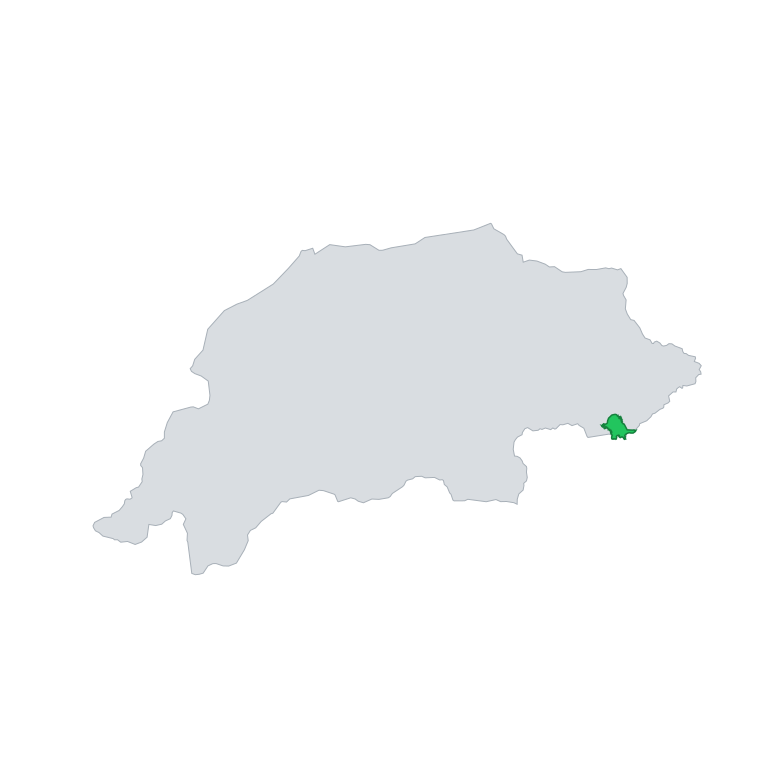 location of Davst, Uvs, Mongolia, rotated 168°
{"feature_id": "93677404B415729533363", "entity_name": "Davst", "entity_type": "district", "adm_level": 2, "iso_a3": "MNG", "parent_name": "Mongolia", "parent_adm1": "Uvs", "projection": "orthographic", "projection_center": [92.742, 50.438], "detail": "fine", "context": "in_parent", "style": "filled", "palette": "green", "viewbox_px": 768, "rotation_deg": 168, "n_neighbors": 0, "source": "geoboundaries", "source_scale": "gbopen_adm2", "svg_char_len": 7896}
<svg xmlns="http://www.w3.org/2000/svg" viewBox="0 0 768 768"><g transform="rotate(168 384 384)"><path d="M71.8,327.7L74.2,327.8L77.8,325.3L78.4,321.6L79.7,319.6L88.2,319.1L91.9,320.4L92.7,318.1L93.4,317.8L95.4,319.9L97.3,319.1L98.7,318.3L100.1,315.5L103.0,316.1L108.1,313.2L108.1,307.7L110.1,306.4L114.5,305.5L115.2,303.1L116.1,302.4L119.4,301.8L125.0,299.1L127.6,298.9L129.7,296.5L134.7,293.4L142.2,292.0L142.8,290.4L149.6,285.4L156.9,285.3L158.8,280.9L159.9,280.4L165.0,285.7L167.1,285.0L167.9,283.0L170.9,283.0L172.2,286.7L174.0,288.2L195.6,289.3L196.3,290.6L197.7,299.2L201.8,303.0L202.8,304.9L208.8,304.2L212.3,307.3L217.5,306.9L220.2,307.7L225.1,304.5L226.3,304.4L228.0,305.9L230.4,304.7L235.3,307.4L238.9,306.7L240.7,307.8L242.8,306.7L248.1,307.2L252.6,311.5L255.5,311.0L258.7,307.8L259.5,305.7L264.5,304.3L267.2,302.1L268.9,300.1L271.2,293.2L271.3,286.4L268.7,285.5L266.3,283.4L264.8,279.9L264.5,277.3L261.8,273.6L261.9,271.7L263.0,268.2L263.3,262.8L264.8,259.6L268.0,257.8L268.2,255.6L270.0,251.3L275.0,248.4L277.6,243.6L278.8,238.7L281.6,240.9L288.6,243.6L294.4,244.7L298.5,247.7L308.5,247.6L326.0,253.8L329.4,253.0L339.7,255.1L340.7,256.1L341.4,262.2L342.4,263.8L343.6,270.2L345.9,273.2L345.9,277.2L346.9,278.3L349.4,278.5L354.0,282.1L363.3,283.7L366.3,285.9L372.7,286.9L375.7,285.3L380.9,285.1L382.7,284.4L385.5,280.8L387.4,279.6L398.6,275.2L401.4,272.6L403.5,271.8L412.9,272.2L419.8,274.0L428.8,272.1L433.6,274.7L436.1,277.5L440.2,279.6L453.0,278.3L453.7,278.8L454.9,285.6L455.7,286.6L465.4,292.3L469.7,293.6L481.1,290.7L500.0,291.2L503.9,288.8L508.2,290.2L509.6,289.7L519.6,280.7L521.4,280.6L532.7,275.1L539.4,270.0L545.1,268.6L548.9,264.7L549.4,259.0L555.0,250.9L565.6,239.5L573.8,238.2L579.2,239.5L585.6,243.3L588.8,243.9L594.0,242.7L600.2,236.6L604.2,236.3L608.2,236.7L611.4,238.7L608.8,270.2L609.2,271.9L607.3,278.9L609.5,288.4L605.8,293.3L607.9,298.3L609.6,300.0L616.4,303.6L617.9,302.3L618.7,299.6L621.0,296.7L626.3,295.5L630.5,293.1L636.7,293.0L643.2,295.5L647.6,283.4L654.0,279.8L660.8,278.8L667.6,283.3L674.4,284.0L677.1,287.1L679.9,287.6L681.1,289.1L690.6,293.7L693.6,297.9L696.8,300.4L698.0,303.9L698.1,305.8L695.8,308.8L685.6,311.7L678.6,310.5L677.1,313.3L669.3,315.4L665.4,318.4L662.9,320.8L661.8,323.7L660.7,324.8L659.3,325.1L656.4,324.1L654.4,324.8L654.0,325.5L654.5,331.8L647.9,334.1L645.5,334.2L640.8,338.8L640.6,341.4L638.6,345.6L637.6,352.4L638.9,354.8L638.6,356.6L634.5,361.5L631.1,367.8L621.7,373.0L617.1,374.8L613.3,374.7L610.1,376.6L608.8,382.7L604.0,391.3L596.1,400.6L577.7,401.6L575.3,401.3L570.7,398.3L560.5,400.9L558.2,404.3L556.6,409.1L555.3,423.4L561.1,429.8L566.9,433.5L569.7,436.4L570.4,439.3L567.4,441.5L564.0,447.5L554.0,454.8L545.0,474.2L524.9,489.0L511.3,492.7L500.3,494.2L471.5,504.8L453.6,516.9L440.3,526.8L437.6,530.9L436.2,531.7L433.4,530.8L425.5,531.6L424.6,525.3L408.1,531.6L393.3,526.2L372.9,524.4L368.8,523.2L361.1,515.8L357.5,515.1L348.7,515.7L324.4,514.6L313.5,518.8L264.1,516.0L246.4,519.0L245.6,518.3L244.3,513.0L235.6,505.2L234.4,503.3L233.9,500.1L226.5,483.6L222.2,481.3L222.5,474.2L216.1,475.0L208.9,472.5L201.4,467.7L197.9,464.1L192.8,463.3L186.4,456.7L183.4,455.5L168.1,452.9L160.5,453.6L152.3,451.8L143.0,451.5L140.0,450.0L137.3,450.1L131.9,447.1L128.3,447.6L124.0,437.8L125.2,431.8L127.0,428.2L131.4,422.9L131.3,420.9L129.7,415.9L132.3,407.3L131.5,401.9L129.3,395.7L126.2,394.2L122.1,385.7L120.8,379.2L119.1,374.7L114.6,371.9L113.3,367.9L111.9,367.6L110.9,368.8L108.3,369.2L105.6,366.7L104.2,363.8L102.6,363.0L99.6,363.0L96.9,364.2L94.0,363.4L91.6,360.7L85.0,356.5L85.0,353.6L84.1,351.5L82.1,350.9L80.2,348.7L73.9,345.9L73.9,344.4L75.8,341.5L71.5,338.7L69.9,335.9L72.7,332.6L71.7,330.1L71.8,327.7Z" fill="#d9dde1" stroke="#a8b0b8" stroke-width="1"/><path d="M148.9,287.1L150.4,287.2L155.7,288.6L157.3,294.4L157.4,294.7L157.6,294.9L157.9,294.9L158.2,295.1L158.1,295.3L158.3,295.4L158.5,295.7L158.8,296.3L159.0,296.5L159.2,296.8L159.5,297.0L159.5,297.3L159.4,297.5L159.4,297.3L159.2,297.3L159.0,297.5L158.9,297.6L159.1,297.7L159.0,297.8L159.0,298.0L158.9,298.2L158.9,298.3L159.0,298.4L158.9,298.5L159.0,298.6L159.4,298.4L159.5,298.4L159.5,298.7L159.4,298.7L159.2,298.7L159.2,298.8L159.3,298.7L159.3,298.8L159.2,298.9L159.3,298.9L159.2,299.1L159.0,299.3L159.1,299.2L159.1,299.4L158.8,299.6L158.8,299.8L159.1,299.7L159.4,299.8L159.2,300.0L159.2,300.5L159.3,300.4L159.2,300.5L159.3,300.6L159.2,300.8L159.4,300.6L159.5,300.7L159.4,300.8L159.6,300.9L159.5,301.0L159.4,301.2L159.4,301.3L159.5,301.3L159.6,301.2L159.7,301.4L159.6,301.5L159.8,301.5L159.7,301.6L159.8,301.7L159.8,301.8L159.9,301.7L159.8,301.9L160.0,301.8L160.0,302.0L160.1,301.9L160.1,302.0L160.3,302.0L160.2,302.1L160.3,302.1L160.2,302.3L160.4,302.3L160.5,302.2L160.5,302.3L160.6,302.5L160.8,302.4L160.7,302.6L160.9,302.5L161.0,302.5L161.0,302.8L161.0,302.6L160.9,302.6L161.0,302.7L160.9,302.7L160.9,302.8L161.0,302.9L160.9,303.0L161.0,303.0L161.2,303.3L161.4,303.6L161.6,303.6L161.7,303.8L161.7,304.0L161.8,303.9L161.9,304.1L162.0,304.2L162.0,303.9L162.3,304.1L162.5,304.4L162.4,304.6L162.4,304.8L162.5,304.9L162.5,305.0L162.9,305.5L163.1,305.7L163.4,305.9L163.5,306.0L163.8,306.1L164.1,306.2L164.8,306.3L166.6,306.3L167.4,306.2L167.8,306.2L169.6,305.0L171.1,304.1L171.5,303.8L171.6,303.6L172.8,301.7L173.0,301.4L173.1,301.0L173.3,300.4L173.4,300.0L173.5,299.8L173.7,299.5L174.0,299.1L174.3,299.0L174.8,298.9L175.0,298.8L175.5,298.6L175.8,298.7L176.0,298.5L176.7,298.2L176.9,298.3L176.9,298.5L176.9,298.8L176.9,299.0L177.0,299.1L177.1,299.3L177.3,299.4L177.6,299.1L177.9,299.0L178.4,298.9L179.2,298.1L179.6,298.0L179.8,298.1L179.7,297.9L179.7,297.6L179.7,297.2L179.4,297.0L179.3,296.8L179.1,296.7L179.0,296.4L178.6,296.3L178.4,296.4L178.2,296.6L178.1,296.8L177.9,297.0L177.6,297.1L177.6,297.5L177.3,297.3L177.0,297.0L176.4,296.2L176.3,295.7L176.5,295.4L176.8,295.5L177.7,295.2L177.7,294.9L177.7,294.7L177.8,294.6L177.7,294.5L177.2,294.5L176.7,294.6L176.6,295.0L176.4,295.2L176.3,295.5L176.1,295.7L175.8,295.7L175.6,295.6L175.4,295.7L175.2,295.5L175.2,295.4L175.1,295.5L175.0,295.4L174.9,295.2L174.8,294.9L174.7,294.7L174.4,294.6L174.3,294.4L174.4,294.1L174.1,294.0L174.1,293.8L174.2,293.7L174.0,293.4L173.9,293.4L174.3,293.2L174.2,293.2L173.9,293.0L174.0,292.8L173.8,292.8L173.8,293.0L173.8,292.9L173.7,293.1L173.4,293.0L173.5,292.9L173.4,292.7L173.2,292.7L173.1,292.8L172.9,292.7L173.0,292.5L173.2,292.3L173.4,292.2L173.2,292.3L173.2,292.1L172.7,292.2L172.3,291.9L172.2,291.9L171.9,291.7L172.0,291.6L171.9,291.6L172.1,291.5L172.2,291.4L172.3,291.4L172.3,291.2L172.2,291.1L171.9,291.1L172.0,290.9L171.7,290.8L171.8,290.4L171.7,290.5L171.6,290.4L171.4,290.2L171.6,290.0L171.8,289.9L171.7,289.8L171.8,289.8L171.8,289.7L171.9,289.8L172.0,289.8L172.0,289.7L171.9,289.6L172.0,289.4L171.9,289.4L171.9,289.2L172.0,289.1L172.4,289.2L172.4,288.9L172.2,288.7L172.2,288.4L172.1,288.2L172.2,287.9L171.4,286.3L172.4,284.8L172.6,283.3L172.4,283.2L172.4,282.9L172.1,282.8L172.0,282.6L171.3,282.5L171.0,282.6L170.9,282.7L170.6,282.7L170.4,282.5L170.4,282.3L170.1,282.3L169.6,282.4L169.3,282.0L169.2,282.1L168.4,282.1L168.2,282.3L168.1,282.2L168.0,282.5L167.6,283.1L167.5,283.6L167.6,284.1L167.6,284.4L167.2,284.8L166.5,285.1L165.0,285.2L164.5,284.7L164.7,284.3L164.6,284.2L164.6,283.8L164.8,283.7L164.7,283.4L164.9,283.4L164.3,282.6L163.8,282.4L162.7,282.8L162.2,282.8L161.4,282.3L161.2,282.0L161.2,281.9L160.9,281.6L160.8,281.4L160.9,281.2L160.9,280.8L160.8,280.6L160.7,280.6L160.5,280.2L160.3,280.0L160.0,279.8L159.8,279.9L159.7,280.0L159.1,280.0L159.3,280.6L159.4,281.1L159.4,281.5L159.3,281.8L159.0,282.0L158.9,282.2L159.0,282.5L159.2,282.8L159.2,283.0L159.3,283.2L159.2,283.4L159.2,283.5L158.7,283.9L158.3,284.4L157.8,284.6L156.5,285.1L155.1,285.4L154.6,285.4L153.5,285.1L153.3,284.9L153.1,284.9L152.8,284.7L150.5,284.2L150.0,284.5L149.5,284.6L148.5,285.2L148.1,285.2L147.2,286.3L148.0,286.2L148.7,286.6L148.9,287.1Z" fill="#22c55e" stroke="#15803d" stroke-width="1.5"/></g></svg>